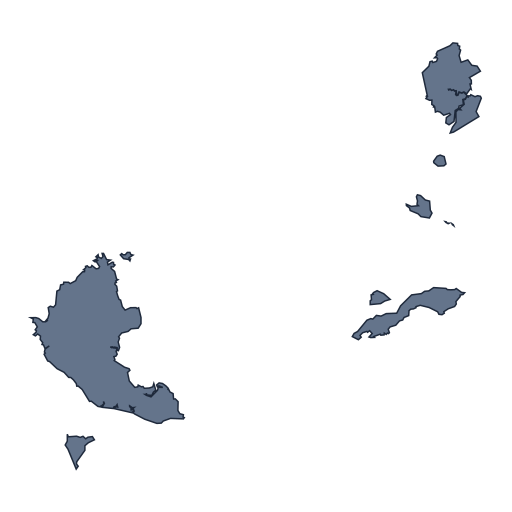 outline of Montijo, Veraguas, Panama
{"feature_id": "35544464B52455238358598", "entity_name": "Montijo", "entity_type": "district", "adm_level": 2, "iso_a3": "PAN", "parent_name": "Panama", "parent_adm1": "Veraguas", "projection": "orthographic", "projection_center": [-81.451, 7.644], "detail": "fine", "context": "isolated", "style": "filled", "palette": "slate", "viewbox_px": 512, "rotation_deg": 0, "n_neighbors": 0, "source": "geoboundaries", "source_scale": "gbopen_adm2", "svg_char_len": 5968}
<svg xmlns="http://www.w3.org/2000/svg" viewBox="0 0 512 512"><path d="M106.6,259.6L103.5,253.4L102.1,253.4L103.0,256.6L101.3,258.4L98.5,257.0L98.1,254.7L95.9,256.8L97.4,257.7L97.1,258.8L93.4,260.7L95.1,261.9L96.6,260.4L97.5,260.5L96.3,261.6L99.6,266.6L98.6,268.4L96.1,268.8L91.9,265.5L90.9,267.3L88.8,267.3L87.2,265.8L85.5,266.4L85.9,267.6L83.5,269.7L84.7,270.1L84.5,271.7L82.6,271.8L77.2,277.3L75.7,280.7L70.2,283.6L68.6,282.3L63.8,282.2L63.5,284.2L60.6,284.9L59.7,289.7L56.9,291.1L55.6,304.8L53.5,307.2L50.3,306.2L48.2,307.6L49.2,313.7L48.0,318.1L45.3,321.4L47.8,319.7L46.9,321.0L45.6,321.8L42.8,321.8L38.7,318.5L35.8,317.6L30.7,317.7L33.3,319.1L32.9,322.4L34.8,322.6L37.3,326.9L35.2,329.8L36.4,330.7L36.1,332.2L33.3,334.7L35.4,335.9L37.7,334.0L40.5,336.1L40.2,339.4L42.7,342.7L42.0,344.5L43.5,344.9L45.0,348.6L49.3,345.9L45.1,349.1L44.4,352.0L45.3,353.1L44.1,354.2L47.7,361.0L49.6,361.6L57.1,368.7L64.1,372.3L68.7,377.4L70.8,377.5L73.4,379.8L76.3,383.6L76.8,386.2L78.2,386.1L82.2,389.5L89.5,401.4L91.3,401.2L97.9,406.4L101.6,407.1L101.2,406.2L104.2,403.4L103.5,402.1L103.5,401.5L104.4,403.4L102.6,406.4L101.5,406.1L102.1,407.3L113.1,408.5L114.1,406.7L116.3,406.4L117.5,406.9L116.4,405.6L117.1,404.6L117.7,407.1L116.1,406.8L113.7,408.5L133.2,413.0L132.5,411.9L133.9,411.3L133.4,409.6L131.1,410.0L131.0,408.8L131.8,407.7L130.3,407.4L129.6,406.4L129.6,405.8L132.1,407.5L131.3,409.8L133.3,407.6L134.1,407.5L133.1,408.3L134.2,411.2L132.9,412.0L134.3,413.8L144.7,419.2L156.9,423.4L161.3,423.1L163.3,421.0L170.5,418.4L183.4,418.9L184.3,417.6L183.1,417.1L183.4,414.7L179.8,413.7L177.9,410.5L178.1,401.7L175.3,398.9L173.6,399.0L173.1,393.6L170.0,392.0L168.5,389.0L167.9,390.0L168.1,388.2L165.9,385.9L162.5,383.5L159.1,382.9L156.6,385.0L157.3,386.8L158.9,385.8L162.8,387.4L158.3,387.3L157.5,390.3L151.0,396.9L146.5,395.4L145.0,394.4L146.3,394.4L146.5,393.1L146.5,394.9L151.8,395.4L153.4,392.1L155.8,390.2L153.8,383.5L152.8,386.8L149.3,388.0L144.3,388.3L143.0,386.5L141.4,386.8L138.2,385.1L137.8,386.8L134.8,387.4L129.3,381.0L127.5,372.5L129.9,370.3L129.1,368.7L124.5,367.2L114.2,360.6L114.9,359.6L113.9,356.6L115.9,356.2L117.2,354.2L116.1,351.5L117.1,348.4L115.4,348.1L114.7,347.4L114.0,348.1L113.0,347.2L112.0,347.8L110.3,347.0L112.8,346.9L114.0,347.8L114.6,347.1L117.1,347.6L117.3,350.5L118.4,350.7L119.6,347.4L118.2,342.0L119.5,338.2L118.6,336.8L121.7,333.0L128.1,331.4L131.1,328.8L138.2,328.2L141.0,323.7L141.0,317.5L138.6,307.8L137.0,308.6L136.0,307.6L130.5,307.7L125.1,310.1L122.3,306.6L120.6,300.1L119.1,299.4L117.8,296.1L116.5,291.6L117.5,290.9L116.7,286.2L114.9,284.3L115.1,282.9L116.4,282.5L115.7,281.0L118.0,279.7L116.6,279.1L114.6,271.4L111.1,268.4L111.2,266.8L113.4,266.9L115.0,265.0L113.6,264.2L113.5,262.4L112.3,262.2L108.0,264.8L107.4,262.1L110.5,260.1L106.6,259.6ZM436.2,54.0L437.1,55.1L434.5,57.8L436.9,57.7L437.6,58.7L436.5,61.4L432.8,62.5L432.2,61.1L430.0,61.7L428.9,66.2L422.3,72.7L427.2,95.2L426.4,96.1L427.4,96.4L425.9,98.6L429.6,100.3L431.9,100.1L431.8,104.5L433.9,105.7L433.5,107.0L434.7,106.9L435.4,112.1L437.4,111.3L440.1,112.1L443.7,115.2L449.5,113.3L450.5,114.6L446.4,117.5L445.8,122.9L449.0,124.8L454.0,121.5L455.2,110.5L458.5,108.4L459.1,106.0L463.4,104.7L462.8,99.5L465.4,98.7L467.1,95.6L463.7,92.2L461.9,93.2L459.2,92.3L457.9,95.3L456.5,95.5L455.6,94.5L456.1,90.9L454.5,91.1L453.6,89.8L451.6,90.5L450.2,89.3L448.7,90.0L448.4,89.3L450.3,89.1L451.7,90.4L453.6,89.7L454.5,90.8L456.2,90.7L456.6,95.3L457.8,95.0L459.0,91.9L461.7,92.9L463.9,91.9L466.7,93.8L470.4,88.7L471.2,89.3L470.0,84.0L471.4,83.9L471.3,80.3L469.4,77.6L480.4,71.2L477.1,66.1L471.8,65.3L467.8,59.9L461.1,62.3L459.1,55.6L460.6,50.1L459.3,49.0L459.7,46.2L457.8,45.5L457.6,43.4L452.9,42.9L450.0,45.7L437.5,51.3L436.2,54.0ZM446.0,288.4L433.6,287.6L428.8,290.9L424.6,291.3L421.4,293.6L411.6,294.9L400.6,305.8L396.7,313.2L386.2,313.6L381.1,316.1L376.4,315.4L372.8,319.1L370.8,318.6L366.9,320.2L357.6,331.5L354.1,333.4L352.3,336.6L358.4,339.7L361.2,337.2L360.0,335.4L362.7,332.7L366.9,331.4L367.6,332.3L369.6,330.7L372.2,333.5L369.0,337.0L370.7,337.6L374.5,337.4L373.8,336.5L380.2,334.2L380.8,335.2L384.1,334.9L384.3,333.1L386.2,334.4L387.4,333.1L388.5,333.6L389.4,332.7L388.2,329.2L390.1,326.9L395.8,325.2L399.5,320.9L402.7,320.0L404.0,317.5L408.7,315.6L409.0,310.7L410.7,309.2L413.5,308.9L416.0,307.7L416.0,306.6L420.2,305.3L429.1,307.5L437.7,311.8L438.9,314.3L442.0,314.7L444.3,313.2L443.8,311.7L448.2,308.8L454.6,306.5L456.3,304.0L455.9,301.6L460.1,296.6L460.1,295.1L463.0,294.5L464.6,292.7L461.6,292.4L456.2,288.5L454.7,289.6L450.7,289.8L447.3,289.6L446.0,288.4ZM475.0,96.7L470.8,94.7L470.3,95.8L468.2,95.9L468.1,97.1L466.7,96.5L465.4,99.3L463.3,100.0L464.2,104.3L458.7,109.2L460.3,109.1L460.9,109.8L457.9,109.6L455.9,112.0L456.0,122.4L452.5,127.2L450.2,133.0L453.5,132.1L478.9,116.6L476.1,111.6L481.3,98.2L480.4,96.3L477.6,95.7L475.0,96.7ZM76.6,436.2L68.3,436.8L67.3,434.2L67.3,441.2L65.2,445.0L68.0,449.2L76.2,469.1L78.2,466.2L76.5,464.0L76.7,461.8L84.9,450.3L84.9,445.7L88.4,442.7L94.4,439.8L92.4,436.6L87.9,437.2L85.7,438.8L83.0,436.3L80.2,437.4L76.6,436.2ZM417.4,194.8L416.4,196.8L417.5,200.9L417.0,204.3L418.4,205.7L411.3,206.4L406.3,204.2L406.4,205.6L409.5,208.0L410.2,210.5L418.1,213.8L420.9,216.6L429.4,218.0L432.0,213.1L430.3,210.1L429.6,201.1L425.3,200.0L420.6,195.6L417.4,194.8ZM377.1,290.7L373.6,292.5L372.6,293.7L373.2,294.4L371.1,294.9L371.5,299.7L370.2,300.8L370.2,304.6L380.6,303.6L384.8,301.0L390.2,299.4L383.7,293.7L377.1,290.7ZM444.2,156.6L440.2,155.1L437.2,156.2L433.6,161.2L433.8,162.7L438.0,166.1L443.9,165.8L446.0,164.0L444.2,156.6ZM129.9,252.4L127.3,252.4L125.3,254.7L123.2,254.8L121.7,253.6L120.3,254.9L123.6,258.7L128.7,259.5L129.9,260.9L130.5,259.0L129.1,259.0L128.9,257.8L133.0,255.1L130.8,254.5L129.9,252.4ZM453.7,225.7L453.3,224.7L452.0,223.8L452.3,224.6L453.7,225.7ZM446.8,222.7L446.2,221.8L445.2,221.6L446.0,222.5L446.8,222.7ZM449.2,223.2L447.7,223.1L447.5,223.4L448.2,223.7L449.2,223.2Z" fill="#64748b" stroke="#1e293b" stroke-width="1.5"/></svg>